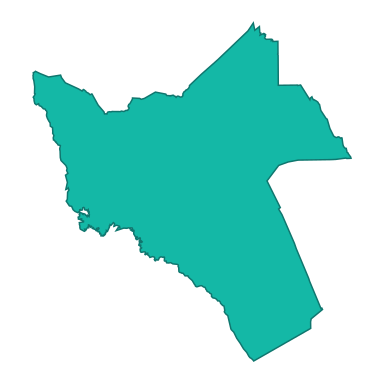 Cerralvo, Nuevo León, Mexico (Equal Earth projection)
{"feature_id": "50627088B47581095224708", "entity_name": "Cerralvo", "entity_type": "district", "adm_level": 2, "iso_a3": "MEX", "parent_name": "Mexico", "parent_adm1": "Nuevo León", "projection": "equal_earth", "projection_center": [-99.749, 26.06], "detail": "fine", "context": "isolated", "style": "filled", "palette": "teal", "viewbox_px": 384, "rotation_deg": 0, "n_neighbors": 0, "source": "geoboundaries", "source_scale": "gbopen_adm2", "svg_char_len": 5860}
<svg xmlns="http://www.w3.org/2000/svg" viewBox="0 0 384 384"><path d="M60.6,75.1L48.6,77.0L40.2,73.6L35.4,71.3L34.4,72.3L33.3,72.6L33.4,74.3L33.0,75.6L33.2,76.7L33.1,78.3L33.9,80.8L34.7,86.7L34.5,93.4L35.2,93.9L34.0,96.2L33.2,97.2L34.0,98.6L34.1,100.8L34.8,103.5L36.3,104.8L38.6,103.7L39.2,105.6L41.2,106.4L43.4,108.8L45.0,109.0L45.8,110.4L46.5,110.9L47.0,112.4L46.5,114.9L46.6,116.1L47.4,118.4L48.9,121.2L50.1,122.9L50.3,126.2L52.5,127.6L52.8,132.2L52.6,133.1L53.9,135.5L53.2,137.9L53.5,140.0L54.1,140.0L55.5,141.8L55.9,141.8L55.9,142.3L57.4,143.8L58.1,145.0L60.2,145.4L60.4,145.6L59.7,148.9L60.1,151.3L60.3,157.6L61.0,160.5L65.9,165.5L67.1,168.3L66.6,170.5L67.9,173.4L65.5,175.2L67.4,182.4L65.8,189.5L67.3,188.9L68.2,187.8L69.0,190.0L67.6,192.2L67.3,199.4L66.2,201.1L69.4,205.9L71.6,206.3L73.1,209.7L75.0,211.4L78.0,212.7L79.8,210.9L79.7,209.8L80.4,209.5L80.7,210.1L82.0,210.2L82.5,209.2L82.7,207.8L83.8,207.4L84.5,208.2L84.5,209.7L85.7,210.1L86.6,209.8L87.3,210.9L88.2,209.7L88.5,211.4L89.1,211.7L89.1,212.6L88.4,212.8L89.4,214.7L89.0,216.5L87.8,215.2L87.1,216.6L86.4,215.3L85.7,215.3L85.1,214.2L83.8,213.7L83.2,213.7L83.0,214.4L82.6,214.1L82.6,213.5L79.8,212.3L79.6,213.3L79.7,214.1L79.4,214.2L79.2,214.7L79.7,215.3L79.4,216.7L78.2,217.1L78.2,217.8L78.4,218.3L78.4,219.1L80.1,219.5L81.0,218.7L81.7,219.0L81.1,220.1L83.6,221.1L83.5,221.9L79.3,222.6L79.5,223.8L79.4,224.4L79.9,226.0L79.9,227.9L80.4,229.2L84.3,231.3L85.4,230.6L84.7,229.2L85.6,229.2L86.0,229.9L87.5,227.5L88.2,227.7L88.0,227.2L88.4,226.3L88.5,224.9L89.6,225.3L89.9,227.1L90.3,227.3L91.2,226.2L91.7,226.5L92.2,228.3L92.9,228.6L93.5,227.9L94.1,229.2L95.1,229.4L96.2,230.7L96.6,230.1L96.7,228.4L98.6,227.8L99.0,228.7L97.2,230.4L98.2,231.9L99.1,231.6L99.8,232.5L99.7,233.8L100.7,233.9L101.0,234.5L100.9,235.8L103.1,236.0L103.2,235.4L103.9,235.6L104.4,235.2L104.2,234.6L104.8,234.2L105.1,234.4L105.6,233.7L105.5,232.5L106.4,232.0L106.4,230.5L107.5,231.3L109.5,226.9L109.4,225.9L110.1,225.6L110.1,224.6L111.3,225.1L113.3,222.6L114.5,223.5L113.9,226.4L114.7,226.2L114.7,225.5L116.7,225.3L119.5,226.2L119.8,227.6L118.2,227.5L116.2,230.6L123.8,228.1L126.8,228.3L128.7,227.8L129.6,228.0L129.8,228.5L130.7,227.8L132.2,228.0L132.5,228.8L132.3,229.5L131.9,229.7L131.0,229.5L130.7,230.0L132.5,231.2L133.1,230.9L133.7,230.2L134.0,230.4L133.7,233.0L133.8,234.1L135.7,237.3L135.9,237.4L136.9,236.7L137.4,237.3L137.0,237.7L135.9,238.1L135.7,238.5L135.8,238.8L136.6,239.6L137.1,239.6L137.8,239.3L139.6,237.9L140.1,237.9L140.3,238.5L140.2,239.4L139.3,240.5L139.3,242.1L139.5,242.2L140.7,240.7L141.1,240.6L142.2,241.8L141.6,242.5L140.8,242.3L140.3,242.4L139.3,243.6L138.9,244.7L138.9,245.3L139.1,245.4L140.7,245.0L140.8,245.3L140.2,246.8L141.6,247.9L141.2,248.5L140.1,249.0L140.3,251.1L140.7,252.0L141.6,252.3L144.1,251.8L145.4,252.2L145.6,252.7L144.9,254.3L145.3,254.7L146.4,254.2L147.3,253.2L147.7,253.2L147.6,254.8L148.8,255.6L149.9,257.4L152.6,256.6L154.2,257.1L154.6,257.6L154.8,258.1L154.7,258.7L154.3,259.5L154.7,260.3L155.2,260.8L155.6,260.8L156.3,259.6L157.9,260.1L158.4,259.9L159.3,257.8L160.4,257.0L160.9,256.8L163.0,257.3L164.0,257.0L164.5,257.4L164.3,260.7L164.8,261.1L166.2,261.1L166.4,262.4L166.6,262.8L168.4,263.0L170.8,262.7L172.9,263.9L177.0,264.3L178.0,264.7L178.3,265.6L178.1,266.5L178.7,267.6L178.9,271.4L179.3,272.1L180.3,272.6L181.0,272.6L181.6,273.1L183.1,273.3L185.1,275.9L187.9,275.8L188.2,276.7L189.4,278.0L192.3,280.6L194.6,284.6L195.2,285.2L195.5,286.2L196.0,286.3L196.3,286.7L197.4,286.7L200.1,285.8L201.7,285.7L203.6,287.0L205.1,287.4L206.0,289.5L206.6,290.2L207.1,291.4L209.2,292.3L209.9,293.3L211.3,294.0L211.5,294.4L211.5,296.5L212.7,297.7L213.2,298.0L214.4,298.1L215.8,298.7L216.8,299.6L217.7,300.9L219.0,300.9L219.6,301.2L220.2,302.0L220.5,303.1L221.2,304.0L222.7,305.5L224.0,306.1L224.8,310.5L224.3,311.5L224.4,312.0L225.7,313.9L227.8,315.6L230.8,328.5L231.2,329.6L233.8,332.2L236.8,338.4L240.1,343.1L243.5,348.8L246.7,352.4L248.8,356.2L249.9,357.6L251.4,358.5L252.8,359.8L253.7,361.0L310.7,328.4L310.6,321.8L311.2,318.8L322.5,309.5L321.8,308.1L321.0,308.6L309.6,281.3L308.7,278.4L296.3,248.8L294.4,243.3L282.0,214.7L278.6,209.0L280.3,207.6L267.0,180.9L278.7,165.4L288.1,162.0L298.1,160.1L331.4,159.6L335.7,159.4L345.8,158.1L346.8,158.5L351.0,158.3L350.7,157.0L348.4,153.9L348.1,153.0L347.0,152.2L346.6,149.8L346.2,149.3L346.3,148.4L344.7,148.0L343.5,146.3L342.9,144.4L342.0,138.0L341.8,137.8L340.6,138.2L339.4,137.2L338.7,136.9L337.9,136.9L337.0,137.4L336.1,137.5L334.2,136.5L333.5,135.7L329.9,128.5L327.2,119.2L326.0,118.4L320.8,110.4L319.5,104.4L318.6,103.7L318.0,102.3L316.5,101.1L314.2,99.8L314.1,100.0L313.4,99.7L312.5,98.4L311.9,96.8L310.3,98.1L309.9,99.8L300.6,85.0L297.7,85.5L297.5,85.1L278.3,85.3L278.1,55.0L277.6,54.1L277.8,53.7L278.0,53.6L277.9,41.3L272.9,41.5L272.8,40.3L272.2,39.6L271.3,40.5L271.2,39.2L266.3,39.3L265.8,39.1L264.6,38.0L264.9,37.1L265.4,36.4L265.4,35.2L265.6,34.7L265.1,34.4L264.8,33.9L264.3,33.7L264.1,34.3L263.7,33.5L260.1,35.1L260.8,33.1L259.8,32.7L259.4,26.6L254.8,30.3L253.3,23.0L247.9,31.0L217.7,59.8L201.3,74.3L189.5,85.5L189.4,86.8L188.5,88.4L187.1,89.6L186.0,90.0L184.8,91.4L184.0,91.8L182.9,93.8L182.9,95.8L182.5,96.0L182.1,96.8L180.3,97.1L178.8,96.3L177.8,96.1L177.0,96.4L176.1,97.4L175.2,96.3L174.4,96.2L173.6,95.3L172.1,95.3L171.6,95.7L170.8,95.6L170.1,96.0L169.9,95.7L166.6,95.5L165.8,94.1L155.4,92.1L144.4,98.4L141.2,99.3L139.7,98.4L132.5,98.0L132.5,98.7L131.9,100.1L129.8,103.8L128.8,104.4L128.1,106.1L128.3,107.0L129.2,107.9L128.8,108.9L128.4,109.2L127.6,110.4L125.9,110.4L124.0,111.5L121.2,111.1L120.5,111.6L112.0,111.5L110.9,111.9L109.8,111.7L108.0,112.0L107.5,112.4L106.9,114.0L106.4,113.8L104.5,113.9L104.0,111.9L98.2,105.2L92.0,94.0L91.4,94.0L90.6,94.6L90.0,94.7L88.5,93.2L86.3,92.1L85.9,91.3L83.9,89.7L83.3,89.5L82.1,91.0L78.5,88.9L65.3,82.8L61.5,77.6L60.6,75.1Z" fill="#14b8a6" stroke="#0f766e" stroke-width="1.5"/></svg>